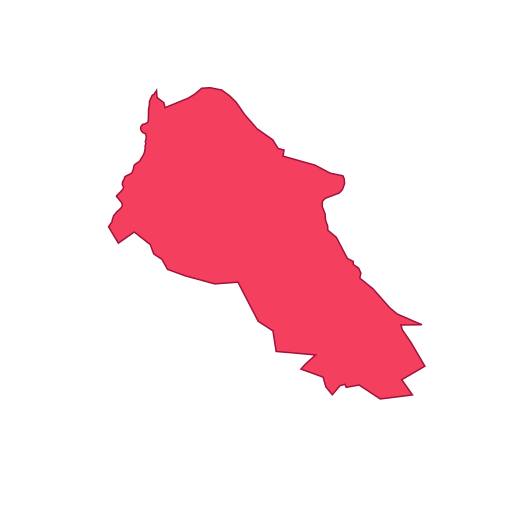 outline of Artashat, Ararat, Armenia, rotated 65°
{"feature_id": "60910142B11661683743390", "entity_name": "Artashat", "entity_type": "district", "adm_level": 2, "iso_a3": "ARM", "parent_name": "Armenia", "parent_adm1": "Ararat", "projection": "mercator", "projection_center": [44.574, 40.021], "detail": "fine", "context": "isolated", "style": "filled", "palette": "rose", "viewbox_px": 512, "rotation_deg": 65, "n_neighbors": 0, "source": "geoboundaries", "source_scale": "gbopen_adm2", "svg_char_len": 2027}
<svg xmlns="http://www.w3.org/2000/svg" viewBox="0 0 512 512"><g transform="rotate(65 256 256)"><path d="M220.0,143.4L212.2,153.8L198.6,164.1L176.9,189.3L171.8,185.8L167.9,190.5L157.8,191.7L140.9,201.4L135.8,202.8L123.1,206.5L108.3,209.0L99.7,212.2L91.1,216.9L84.1,226.4L81.0,234.3L83.4,242.9L84.3,250.8L83.1,275.7L78.2,274.7L70.5,278.7L64.0,276.2L64.8,277.4L65.2,278.3L65.5,279.0L66.2,279.6L66.4,281.3L66.8,282.6L67.9,283.7L69.1,285.3L69.9,286.0L70.6,287.1L72.2,287.9L73.5,288.5L74.7,289.3L76.6,290.7L79.1,292.2L81.3,293.1L88.1,296.6L88.6,297.1L89.3,298.7L89.4,300.8L88.8,302.7L89.2,304.4L90.3,305.8L92.0,306.8L94.0,307.0L96.1,306.5L97.4,305.5L97.7,305.2L98.4,304.5L100.4,304.7L102.3,305.4L104.4,307.0L105.7,308.1L107.6,308.3L108.6,309.3L109.3,309.9L109.6,310.2L111.2,310.7L113.7,312.4L115.5,313.9L116.8,315.4L118.5,317.7L119.4,319.4L120.6,320.9L121.1,322.1L121.3,323.8L121.6,325.9L122.1,327.6L123.0,328.7L124.9,330.1L126.5,331.4L128.1,333.3L128.5,335.6L128.5,337.6L128.5,339.4L128.8,341.3L129.4,342.0L130.8,343.1L131.9,345.0L133.4,346.3L135.1,347.0L137.6,347.0L138.9,348.0L140.2,350.6L141.2,353.3L142.2,356.1L142.7,357.2L144.0,357.1L145.4,356.5L147.4,356.2L148.8,355.7L149.3,355.5L151.8,355.3L154.2,356.0L155.3,357.9L155.5,358.4L156.5,361.1L156.9,363.0L158.1,365.3L159.2,367.9L160.9,369.4L162.3,370.9L163.9,371.8L167.2,377.3L186.2,375.3L182.8,356.2L201.0,347.0L211.0,347.8L219.2,342.7L230.8,341.8L244.1,328.5L263.9,305.1L272.1,283.4L316.1,281.6L331.0,272.3L351.0,278.1L370.8,243.9L375.0,257.2L377.5,263.1L394.1,246.4L404.1,248.0L414.0,245.5L409.0,234.7L409.9,229.7L413.2,229.7L416.5,217.1L438.1,203.8L448.0,172.9L429.7,176.2L427.2,149.5L399.8,152.1L384.8,154.6L379.8,153.8L388.4,134.7L371.8,149.4L368.0,152.7L359.4,156.7L335.3,163.8L319.9,171.3L315.9,168.2L310.4,168.1L304.8,171.4L302.0,170.2L296.9,174.2L273.0,175.3L263.0,180.0L259.2,178.4L253.2,177.9L247.1,175.6L239.4,175.1L234.5,172.8L233.0,168.7L234.1,154.0L232.4,149.7L227.8,145.1L223.2,143.4L220.0,143.4Z" fill="#f43f5e" stroke="#9f1239" stroke-width="1.5"/></g></svg>